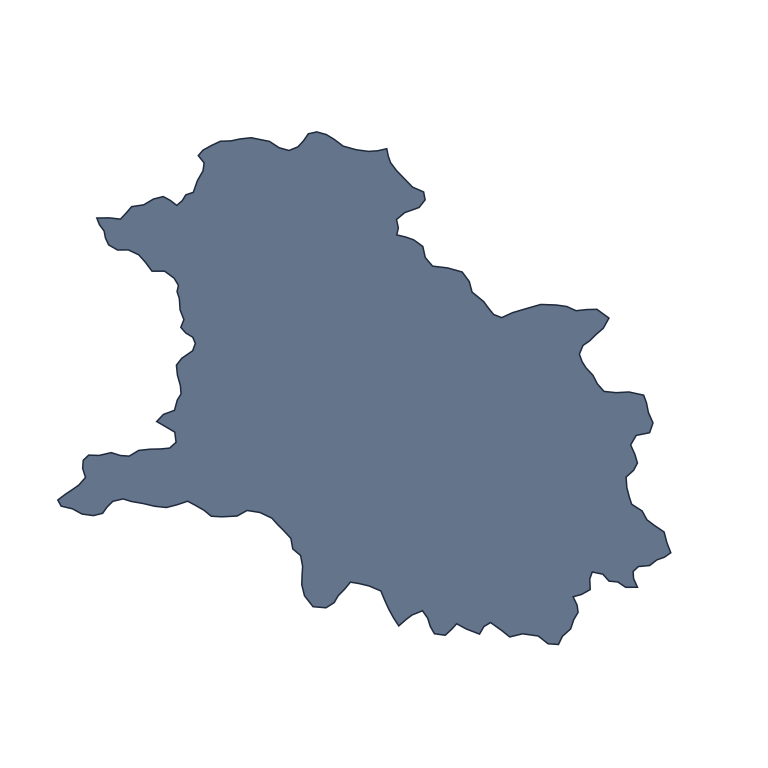 Bonfim, Minas Gerais, Brazil, rotated 98°
{"feature_id": "56859067B54718274054000", "entity_name": "Bonfim", "entity_type": "district", "adm_level": 2, "iso_a3": "BRA", "parent_name": "Brazil", "parent_adm1": "Minas Gerais", "projection": "equal_earth", "projection_center": [-44.212, -20.32], "detail": "fine", "context": "isolated", "style": "filled", "palette": "slate", "viewbox_px": 768, "rotation_deg": 98, "n_neighbors": 0, "source": "geoboundaries", "source_scale": "gbopen_adm2", "svg_char_len": 3007}
<svg xmlns="http://www.w3.org/2000/svg" viewBox="0 0 768 768"><g transform="rotate(98 384 384)"><path d="M606.4,347.9L614.4,341.9L621.5,335.7L614.1,329.3L608.8,324.0L603.2,314.3L609.9,308.1L617.7,304.4L624.3,299.3L624.3,288.4L617.3,282.7L611.3,278.7L615.2,268.3L618.4,254.6L610.3,251.3L605.4,245.3L611.7,233.2L617.0,224.3L612.1,212.0L612.1,196.2L618.4,185.4L617.7,175.0L609.0,172.2L600.6,165.1L591.0,163.3L583.1,160.0L576.1,162.0L568.4,167.1L564.9,159.1L558.9,151.2L548.4,153.1L541.2,151.6L541.9,140.8L547.9,133.7L547.5,124.9L551.7,116.4L550.0,104.7L541.9,109.8L535.0,111.2L529.4,106.7L526.8,95.7L520.2,89.3L516.5,82.2L511.2,76.5L501.7,81.8L491.6,86.0L486.3,96.8L481.9,104.7L473.8,110.7L468.6,122.0L461.9,125.3L452.8,129.1L442.5,131.3L434.7,124.8L427.0,122.0L418.7,125.8L410.0,131.3L399.8,127.1L395.3,114.2L385.1,112.2L375.4,118.2L366.0,121.5L358.9,125.3L357.8,140.3L360.3,153.1L360.7,165.1L354.3,172.6L346.3,178.3L339.8,186.3L334.2,191.0L327.2,194.7L318.1,192.3L312.6,186.3L305.6,181.0L298.3,174.6L287.4,170.4L280.4,183.6L282.1,193.8L284.7,204.0L281.8,213.9L281.8,224.6L283.4,239.8L289.0,252.4L295.4,266.5L301.9,276.7L299.9,285.1L294.3,291.1L288.5,296.8L280.7,309.6L270.7,313.8L262.2,322.2L260.2,337.1L260.5,352.3L253.1,360.7L242.4,364.7L237.1,374.7L235.4,383.1L234.6,392.1L227.4,391.5L219.4,394.5L211.4,387.3L204.3,373.8L195.9,368.9L188.3,371.5L185.1,383.1L178.1,392.1L170.8,401.4L163.9,408.3L157.5,411.6L150.6,414.0L154.0,422.9L155.8,431.7L155.9,443.9L154.1,457.6L148.6,467.5L145.0,475.9L143.7,485.7L146.8,493.8L154.1,497.4L161.1,502.2L166.0,510.6L164.6,520.8L159.7,531.2L158.6,549.8L161.4,560.8L164.5,569.2L166.4,579.8L171.6,587.8L177.6,595.8L183.7,599.7L190.1,592.9L198.1,592.9L208.6,597.1L220.7,599.5L224.3,606.6L230.5,609.3L236.0,614.1L232.0,621.0L229.1,628.7L232.9,638.0L240.0,646.9L243.5,658.6L250.7,663.2L257.4,667.9L257.7,679.1L259.6,691.5L265.8,688.0L271.4,682.5L278.3,680.1L284.6,676.0L288.4,666.5L286.8,655.9L290.2,644.9L296.5,637.4L304.6,629.4L302.8,617.0L308.4,606.6L314.9,601.3L321.3,601.8L327.8,598.6L339.1,596.2L348.1,591.1L356.2,593.1L361.1,587.4L364.3,579.9L370.1,576.5L377.7,578.1L386.6,587.8L394.2,592.2L404.0,589.8L414.0,585.4L422.1,583.6L428.7,586.5L439.2,587.8L444.8,598.2L452.8,603.9L455.9,596.2L460.8,584.5L470.6,581.8L477.3,587.4L479.4,596.2L481.1,606.6L483.9,617.7L490.9,626.3L491.5,635.1L489.9,644.6L494.4,656.2L495.5,666.5L501.3,671.2L509.4,670.7L518.1,666.6L526.5,672.1L532.1,678.1L537.6,684.3L544.3,690.9L549.9,686.7L551.0,675.0L554.8,665.0L554.8,653.5L551.2,644.6L544.7,641.3L537.9,636.2L534.1,626.3L535.5,617.9L535.9,605.7L537.0,594.0L536.6,582.3L532.5,572.3L527.4,562.1L530.3,554.2L534.1,544.7L539.0,536.7L538.1,526.1L535.2,511.1L528.3,502.0L528.5,489.0L532.5,476.3L538.1,469.7L543.0,463.1L549.9,454.7L560.0,451.4L565.5,442.7L576.0,439.2L584.9,438.5L594.2,437.5L604.7,433.3L614.4,423.3L613.7,410.3L607.4,402.9L600.1,399.9L592.5,394.3L584.9,389.7L585.1,381.1L586.1,370.5L589.4,358.3L597.4,353.6L606.4,347.9Z" fill="#64748b" stroke="#1e293b" stroke-width="1.5"/></g></svg>